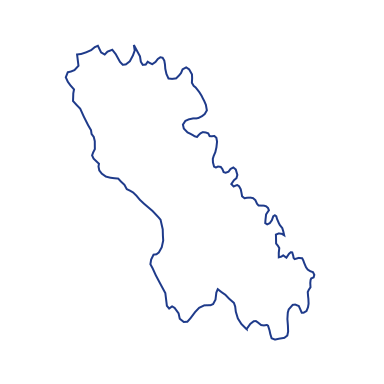 outline of Voranava, Grodno, Belarus, rotated 263°
{"feature_id": "67162791B43104058935452", "entity_name": "Voranava", "entity_type": "district", "adm_level": 2, "iso_a3": "BLR", "parent_name": "Belarus", "parent_adm1": "Grodno", "projection": "natural_earth1", "projection_center": [25.132, 54.061], "detail": "fine", "context": "isolated", "style": "outline", "palette": "blue", "viewbox_px": 384, "rotation_deg": 263, "n_neighbors": 0, "source": "geoboundaries", "source_scale": "gbopen_adm2", "svg_char_len": 3529}
<svg xmlns="http://www.w3.org/2000/svg" viewBox="0 0 384 384"><g transform="rotate(263 192 192)"><path d="M345.0,152.2L339.4,152.4L334.7,150.0L329.3,146.2L326.7,141.9L326.7,138.8L329.9,136.4L338.1,133.1L342.9,130.2L341.6,125.2L339.1,122.1L341.6,118.8L348.6,116.4L347.6,113.1L345.1,109.2L343.5,103.8L342.5,98.8L342.5,94.7L334.9,94.7L331.1,94.7L327.3,90.2L326.3,86.4L326.0,83.3L321.2,80.7L316.5,82.2L312.7,84.3L308.2,87.4L304.4,86.2L296.8,85.0L292.4,88.1L288.3,91.2L280.0,93.8L270.8,97.1L265.7,99.3L261.8,99.4L258.6,101.2L254.3,101.7L246.4,100.8L243.3,98.7L240.5,97.3L237.1,98.4L233.4,101.4L231.4,103.1L228.7,102.3L224.7,102.6L221.2,104.7L217.8,108.4L216.2,112.5L215.2,116.3L214.3,120.4L211.1,122.7L207.4,125.8L202.8,127.6L200.9,130.6L198.7,133.5L195.1,136.4L190.6,139.3L186.5,142.7L178.0,150.5L170.9,155.7L168.3,157.4L158.5,158.4L152.2,157.8L147.3,157.5L140.8,155.2L136.0,151.7L134.5,149.1L134.5,146.2L129.9,143.2L125.4,141.9L121.1,143.6L113.8,145.9L104.9,149.3L94.9,153.2L87.8,153.2L82.1,153.2L79.1,155.1L80.9,158.3L79.1,160.6L73.2,163.9L67.7,164.4L64.0,168.0L63.8,171.6L66.9,175.1L72.6,180.6L76.2,185.0L78.0,190.4L77.4,196.7L78.2,199.3L82.3,202.2L89.2,203.9L92.4,205.7L89.0,209.1L85.9,212.6L81.6,215.8L76.8,220.1L73.1,220.9L67.8,220.9L60.9,222.1L55.0,224.9L49.5,229.2L49.2,229.5L49.3,229.5L54.0,233.8L56.2,237.5L56.1,239.7L54.5,241.5L51.5,244.4L50.8,247.1L50.9,250.1L50.0,251.2L45.1,252.1L41.5,252.4L37.1,253.2L35.4,256.4L35.8,260.7L36.0,265.9L37.9,269.1L41.8,270.4L47.5,270.9L54.3,271.2L60.7,272.4L63.7,273.7L67.7,278.2L67.7,280.7L65.8,284.1L62.6,285.1L58.8,286.2L58.6,288.1L59.9,291.1L63.5,293.1L66.9,294.1L71.8,294.5L74.1,294.5L78.6,294.7L80.7,296.0L83.0,298.0L87.3,298.3L90.3,299.0L91.7,299.8L92.4,302.3L94.9,303.3L97.7,302.3L99.0,299.7L100.9,297.4L103.4,296.0L107.9,294.7L110.6,294.1L111.1,293.9L112.8,293.3L113.6,289.8L113.2,287.7L112.9,285.7L114.2,284.8L116.4,284.7L119.8,284.1L120.2,282.8L118.9,280.8L117.4,279.5L115.3,277.7L116.5,276.4L118.0,274.8L117.0,272.9L116.6,270.2L121.0,270.7L125.7,271.8L128.0,270.8L130.6,269.2L136.3,269.8L139.5,270.1L140.3,273.1L139.5,276.1L137.8,278.2L141.8,277.8L145.2,277.2L148.4,275.2L150.5,274.4L155.0,273.1L157.6,272.7L158.8,271.4L158.0,269.7L154.2,267.8L151.6,265.4L150.7,262.7L152.2,260.9L155.2,261.5L160.7,262.8L162.6,264.4L164.5,266.1L166.9,265.5L168.8,263.8L169.7,261.7L170.1,258.9L170.5,256.4L172.4,255.1L176.2,253.9L178.5,251.8L179.3,249.3L179.6,245.9L179.4,243.4L181.6,241.2L185.2,241.0L188.8,240.7L192.0,239.4L193.4,237.7L193.0,236.0L192.4,234.0L195.1,232.0L198.6,235.1L200.3,237.8L203.4,239.1L209.0,238.2L211.3,236.0L210.2,233.1L207.7,230.7L207.0,227.7L207.9,225.8L210.9,225.0L213.4,223.6L214.1,220.9L213.4,218.7L214.5,217.0L218.8,216.4L222.4,216.7L225.1,217.9L228.7,220.0L233.4,221.7L238.9,223.0L242.8,222.8L244.9,221.0L244.9,218.4L245.3,216.3L248.2,215.3L249.4,212.9L250.1,210.0L249.2,207.6L247.7,205.5L246.0,203.7L247.0,201.4L248.4,199.7L250.1,197.3L251.7,194.8L256.0,191.6L260.0,191.2L263.4,194.1L264.5,197.7L264.9,202.0L264.5,205.2L264.7,207.5L266.1,211.3L267.8,214.1L271.2,216.7L276.8,216.4L280.9,215.2L283.8,214.1L286.4,213.2L290.1,211.5L293.3,209.6L295.4,208.3L297.1,206.6L300.4,205.2L305.0,206.0L308.8,206.3L309.7,205.9L314.1,204.1L316.4,201.4L314.9,197.6L311.4,195.6L309.3,193.4L306.7,190.1L306.7,186.1L307.5,182.5L312.3,181.0L317.6,180.5L322.0,180.7L325.8,180.5L328.8,179.2L329.6,177.0L328.2,174.3L325.5,171.6L323.7,168.1L325.5,165.4L326.7,163.9L324.1,161.6L324.2,158.6L327.5,157.1L333.0,156.9L345.0,152.2Z" fill="none" stroke="#1e3a8a" stroke-width="2"/></g></svg>